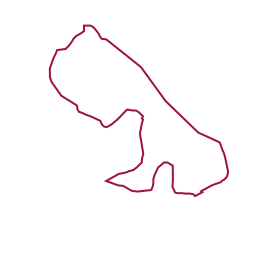 El Mahalla El Kobra 2, Al Gharbiyah, Egypt (Albers equal-area conic projection), rotated 314°
{"feature_id": "37247803B13399468350664", "entity_name": "El Mahalla El Kobra 2", "entity_type": "district", "adm_level": 2, "iso_a3": "EGY", "parent_name": "Egypt", "parent_adm1": "Al Gharbiyah", "projection": "albers", "projection_center": [31.148, 30.971], "detail": "fine", "context": "isolated", "style": "outline", "palette": "rose", "viewbox_px": 256, "rotation_deg": 314, "n_neighbors": 0, "source": "geoboundaries", "source_scale": "gbopen_adm2", "svg_char_len": 1521}
<svg xmlns="http://www.w3.org/2000/svg" viewBox="0 0 256 256"><g transform="rotate(314 128 128)"><path d="M181.3,203.8L173.5,181.8L173.5,174.3L173.5,150.5L173.5,136.4L176.3,120.5L180.8,95.2L179.9,84.8L176.6,50.6L174.0,47.5L174.0,46.0L174.5,43.8L174.8,42.9L175.5,41.4L176.3,35.3L176.3,32.2L175.6,29.9L171.1,25.2L167.1,29.1L163.3,28.3L157.9,26.8L154.1,26.8L151.8,27.5L146.4,28.3L141.5,28.2L134.8,22.9L131.1,24.4L126.5,25.9L116.5,30.4L112.7,34.2L110.4,36.5L108.0,41.0L107.6,43.3L106.3,50.2L104.9,57.8L108.7,75.4L107.9,76.9L106.4,78.5L105.6,81.5L107.1,84.6L108.6,89.2L110.1,92.2L113.9,103.0L112.4,106.8L112.4,109.8L113.9,112.1L119.3,113.7L126.9,114.5L130.8,114.5L139.2,114.5L140.7,114.6L142.3,116.9L143.8,119.2L145.3,120.7L146.1,121.5L146.8,124.5L146.8,130.6L144.5,131.4L144.5,132.9L143.0,133.7L139.1,135.9L136.8,137.5L132.2,140.5L125.9,149.1L119.8,157.2L116.8,158.7L114.5,160.3L112.9,161.8L106.0,161.7L101.4,161.0L97.6,158.6L95.3,157.9L88.4,153.2L74.7,149.1L79.9,160.8L83.0,164.7L85.3,173.9L86.0,175.4L86.8,176.2L89.1,179.2L97.5,186.1L98.3,186.9L99.8,187.7L103.6,186.2L106.7,183.9L109.0,181.6L113.6,179.4L120.5,177.1L128.2,177.9L130.5,180.2L132.0,186.3L128.2,190.1L121.2,197.0L116.6,200.8L116.1,202.2L114.3,206.9L115.8,209.2L118.1,211.5L121.1,215.3L123.4,217.6L125.7,220.7L125.6,223.5L133.4,226.1L133.4,224.5L145.6,228.4L153.3,232.3L155.6,232.3L157.9,233.1L161.0,233.1L163.3,232.3L166.3,230.1L167.2,228.8L174.1,218.6L176.4,214.8L177.9,211.0L180.2,206.4L181.3,203.8Z" fill="none" stroke="#9f1239" stroke-width="2"/></g></svg>